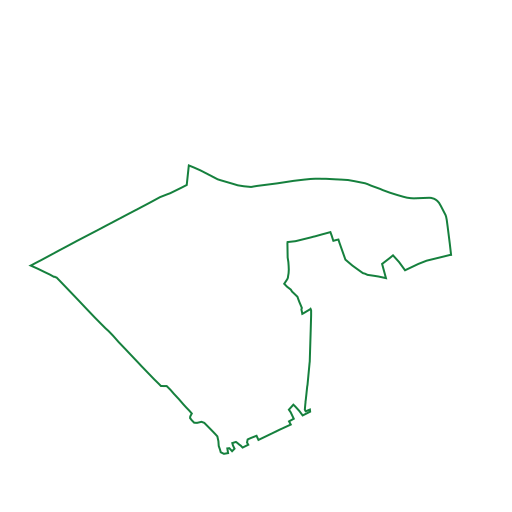 the district of Dong Da, Ha Noi, Vietnam, rotated 136°
{"feature_id": "81297802B63935781650096", "entity_name": "Dong Da", "entity_type": "district", "adm_level": 2, "iso_a3": "VNM", "parent_name": "Vietnam", "parent_adm1": "Ha Noi", "projection": "robinson", "projection_center": [105.824, 21.015], "detail": "fine", "context": "isolated", "style": "outline", "palette": "green", "viewbox_px": 512, "rotation_deg": 136, "n_neighbors": 0, "source": "geoboundaries", "source_scale": "gbopen_adm2", "svg_char_len": 3359}
<svg xmlns="http://www.w3.org/2000/svg" viewBox="0 0 512 512"><g transform="rotate(136 256 256)"><path d="M114.9,121.3L108.0,130.3L97.9,143.8L93.7,149.5L91.9,152.3L91.2,153.8L88.3,163.5L87.4,167.1L87.3,169.7L87.6,171.7L88.2,173.6L89.7,176.2L91.0,177.6L102.5,187.9L104.6,190.2L106.9,193.1L109.0,196.5L112.1,201.9L115.7,208.5L119.1,215.5L120.0,217.8L120.4,218.6L122.2,222.3L123.3,224.5L124.5,227.0L125.9,230.4L126.4,231.3L126.8,232.2L127.6,233.4L129.5,236.1L133.1,241.3L137.0,246.7L141.2,251.3L145.9,256.3L152.2,263.1L159.8,270.5L163.1,273.4L168.3,277.5L176.7,283.9L190.4,293.6L206.6,305.7L209.8,307.9L210.6,308.4L211.6,309.1L216.3,314.6L220.0,319.5L222.5,324.0L228.9,335.2L230.3,337.8L236.5,356.2L239.1,362.6L241.0,366.9L241.4,367.8L241.8,367.5L256.5,355.2L262.4,357.0L274.2,360.8L275.8,361.5L276.2,361.7L284.1,365.0L294.9,368.0L300.8,369.7L316.8,374.4L341.2,381.5L355.0,385.5L373.9,391.1L374.5,391.3L376.4,391.8L393.5,396.7L402.5,399.2L413.9,402.4L414.3,402.5L414.8,402.7L420.2,404.3L423.1,405.1L424.7,405.6L421.8,398.4L421.0,396.2L419.3,391.5L417.5,386.7L417.2,385.9L416.0,381.9L415.9,381.5L415.6,381.2L415.2,380.9L415.2,380.7L415.1,380.4L415.0,380.1L414.9,379.9L414.4,379.0L414.4,366.1L414.5,346.4L414.6,338.4L414.7,323.6L414.6,315.6L414.5,308.7L414.2,304.6L414.2,298.2L414.6,289.5L414.6,286.0L414.7,273.9L414.8,263.4L414.8,261.9L414.9,256.5L414.9,254.7L414.9,250.4L414.9,247.4L414.9,241.1L414.9,237.8L414.8,234.9L414.7,231.1L414.7,228.5L410.6,224.5L410.5,219.2L410.8,213.9L410.9,206.8L411.3,199.8L411.4,195.8L411.4,191.2L411.6,187.3L414.7,186.3L416.0,185.2L416.3,182.7L416.3,179.1L415.9,178.6L414.3,176.9L410.4,174.6L409.1,171.9L409.0,162.8L409.0,156.0L409.1,153.1L411.7,148.9L414.8,145.2L416.3,141.9L417.7,139.3L416.5,136.0L413.0,133.6L410.3,137.5L408.7,136.3L408.8,132.2L405.3,132.3L404.2,135.7L403.0,137.9L399.6,136.2L399.3,134.7L399.0,131.6L398.7,130.3L398.7,127.5L392.7,125.6L392.0,128.1L390.8,128.9L389.5,129.8L388.5,129.6L388.2,129.4L386.0,128.6L380.5,126.3L382.0,122.0L374.8,119.6L359.8,114.7L350.1,111.3L348.7,110.8L348.1,110.6L347.1,114.1L344.5,113.4L341.9,112.7L339.6,119.5L339.1,122.6L332.4,123.1L332.3,120.5L332.5,114.3L333.2,108.9L325.2,106.4L323.9,108.1L326.7,109.2L328.1,109.8L327.8,111.0L327.4,111.8L327.2,111.9L326.2,112.8L324.8,114.0L323.3,115.3L322.2,116.2L321.8,116.6L321.5,116.9L320.7,117.5L319.7,118.3L319.1,118.8L318.3,119.5L317.9,119.8L315.5,121.8L309.9,126.5L308.5,127.5L291.7,141.9L290.7,142.7L267.7,165.1L257.8,174.8L254.3,178.4L253.7,179.5L253.5,180.1L254.1,180.1L259.7,181.4L262.2,182.0L262.6,182.1L262.9,182.2L261.7,184.0L260.5,186.0L259.1,186.8L258.5,188.3L257.6,190.6L256.8,192.7L255.6,195.5L254.5,197.9L254.7,203.6L254.8,205.3L254.3,207.7L255.0,212.4L255.0,216.4L249.6,217.6L248.2,218.2L246.8,219.3L244.5,221.0L241.9,223.4L239.4,226.2L236.9,229.2L234.3,232.9L224.5,243.4L223.6,244.1L217.4,239.3L216.9,239.0L216.4,238.7L209.7,234.8L207.8,233.7L203.5,231.2L201.1,229.9L200.2,229.3L193.7,225.8L190.1,223.8L185.9,221.5L187.4,218.1L189.6,213.7L189.8,213.2L188.5,212.5L186.9,211.6L185.3,210.6L186.9,207.3L194.2,191.3L193.7,186.0L193.3,182.1L192.3,176.5L191.0,169.4L189.9,167.6L188.9,165.0L184.8,159.7L182.1,156.1L177.9,149.8L170.8,162.7L161.0,161.6L157.0,161.3L157.1,157.9L157.3,152.3L158.7,142.2L144.7,137.5L143.0,136.8L136.5,134.1L121.1,125.1L115.9,122.1L114.9,121.3Z" fill="none" stroke="#15803d" stroke-width="2"/></g></svg>